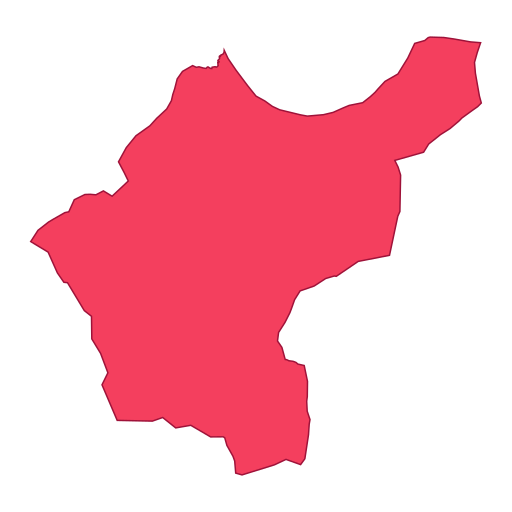 Gwer East, Benue, Nigeria
{"feature_id": "59680162B99778789604362", "entity_name": "Gwer East", "entity_type": "district", "adm_level": 2, "iso_a3": "NGA", "parent_name": "Nigeria", "parent_adm1": "Benue", "projection": "albers", "projection_center": [8.455, 7.356], "detail": "fine", "context": "isolated", "style": "filled", "palette": "rose", "viewbox_px": 512, "rotation_deg": 0, "n_neighbors": 0, "source": "geoboundaries", "source_scale": "gbopen_adm2", "svg_char_len": 2227}
<svg xmlns="http://www.w3.org/2000/svg" viewBox="0 0 512 512"><path d="M430.1,37.1L428.2,37.6L424.8,40.5L414.7,43.4L407.8,58.0L397.9,74.0L385.0,81.4L378.3,88.6L375.1,92.3L370.3,96.7L362.7,102.7L349.2,105.4L343.2,107.9L333.1,112.4L323.4,114.7L307.3,116.1L300.3,114.8L279.7,109.8L272.4,106.4L264.9,101.0L256.0,96.1L247.5,85.5L236.1,70.3L228.1,58.6L224.2,50.3L224.1,51.6L224.2,52.4L223.8,52.7L223.6,53.2L223.2,53.6L223.1,54.0L222.3,54.5L221.3,54.8L221.0,55.2L220.7,55.2L220.5,55.5L220.5,55.9L220.1,55.9L220.1,56.3L219.5,56.2L219.2,57.0L219.6,57.8L219.5,58.7L218.4,59.9L217.9,60.4L218.1,61.2L219.0,61.6L218.9,62.1L218.4,62.7L217.8,62.6L217.9,63.5L218.0,65.0L218.2,65.7L217.4,66.4L216.7,67.1L215.8,67.0L215.2,66.7L212.1,67.2L211.8,68.5L210.6,68.4L209.2,67.7L208.3,67.0L207.4,67.0L206.1,68.4L203.7,68.1L199.0,66.8L196.3,67.3L192.6,65.6L182.5,71.4L177.2,78.9L174.7,88.7L172.8,94.5L171.4,100.7L166.7,109.0L158.8,116.4L156.9,118.1L149.9,125.8L136.0,135.7L126.3,147.6L118.5,161.8L124.2,172.6L128.3,181.0L112.1,196.2L103.4,190.9L95.9,194.8L90.2,194.3L84.9,194.5L74.3,199.7L68.8,211.8L64.9,212.6L53.3,219.2L48.6,222.0L38.0,230.3L30.7,241.6L48.1,252.1L57.4,272.9L63.9,282.3L67.5,282.7L84.3,310.6L91.5,316.3L91.8,338.9L100.6,353.4L107.9,372.8L102.0,384.8L117.2,420.4L118.2,420.4L152.4,421.1L162.7,417.5L175.7,427.9L190.8,425.3L210.6,436.9L223.3,436.8L224.8,437.9L226.9,445.4L233.0,456.3L234.7,461.0L235.7,473.1L242.0,474.9L274.5,464.8L286.0,459.4L300.6,464.6L304.7,459.0L304.9,458.5L308.5,434.7L309.2,424.2L310.0,419.6L307.2,411.2L306.7,401.3L307.3,396.5L307.4,389.0L307.5,381.4L304.2,365.5L299.4,364.4L297.9,364.1L296.1,362.5L294.7,361.9L293.0,361.3L291.5,361.1L289.3,360.8L288.7,360.7L288.2,360.4L287.4,360.0L286.4,359.6L285.2,359.5L281.9,347.4L277.5,341.0L278.6,332.4L285.0,322.4L289.9,312.7L291.6,308.2L294.6,299.7L300.1,290.9L314.2,286.0L325.7,278.5L334.3,276.0L336.3,276.3L358.2,261.4L389.5,255.3L397.8,216.2L399.9,211.5L400.6,175.1L398.1,167.1L394.8,160.4L423.6,152.2L428.7,144.0L440.5,134.6L450.1,128.5L459.2,120.8L461.9,118.0L472.2,110.5L477.6,106.7L481.3,103.0L480.3,99.3L479.4,96.0L475.4,73.2L474.5,62.4L477.3,52.4L480.6,42.7L470.6,41.9L454.1,39.0L443.8,37.5L430.1,37.1Z" fill="#f43f5e" stroke="#9f1239" stroke-width="1.5"/></svg>